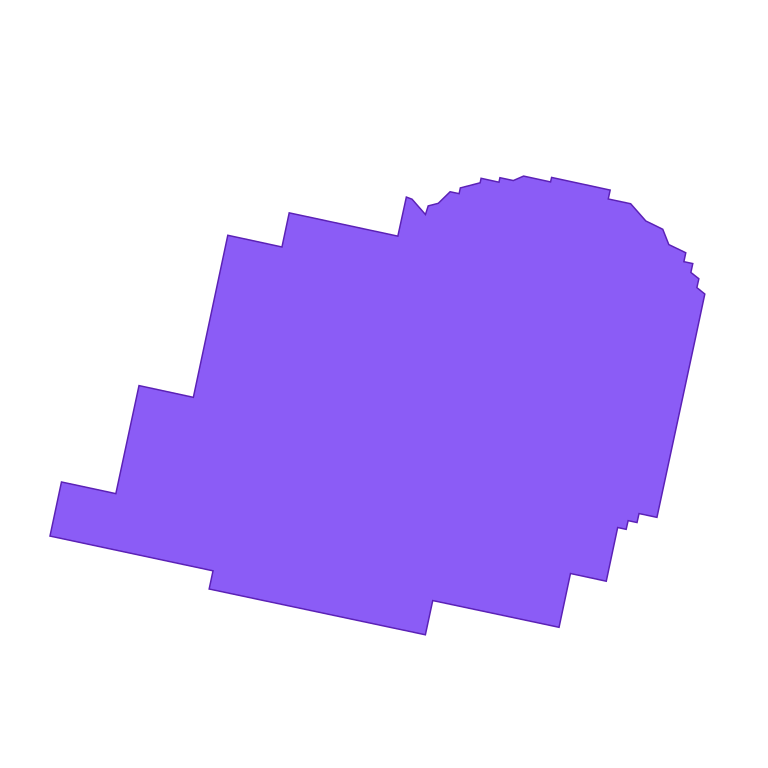 Dawson, Montana, United States of America, rotated 282°
{"feature_id": "52423323B95485896454849", "entity_name": "Dawson", "entity_type": "district", "adm_level": 2, "iso_a3": "USA", "parent_name": "United States of America", "parent_adm1": "Montana", "projection": "mercator", "projection_center": [-104.678, 47.326], "detail": "fine", "context": "isolated", "style": "filled", "palette": "violet", "viewbox_px": 768, "rotation_deg": 282, "n_neighbors": 0, "source": "geoboundaries", "source_scale": "gbopen_adm2", "svg_char_len": 805}
<svg xmlns="http://www.w3.org/2000/svg" viewBox="0 0 768 768"><g transform="rotate(282 384 384)"><path d="M492.6,679.1L538.7,679.1L543.3,670.0L552.4,670.1L556.9,661.0L566.0,661.0L566.0,651.9L575.1,651.9L579.6,633.6L593.3,624.5L597.9,606.2L611.6,587.8L611.6,564.9L620.7,564.9L620.9,505.0L616.3,504.9L616.4,477.3L609.9,468.2L609.9,454.5L605.3,454.5L605.4,436.2L600.8,436.2L591.7,417.9L585.8,417.9L585.8,408.7L572.0,399.5L567.4,390.2L558.4,389.3L570.6,373.0L571.5,367.0L531.5,366.8L531.7,255.7L496.8,255.7L497.0,200.3L331.3,200.3L331.5,144.7L221.0,144.5L221.1,88.9L165.8,88.9L165.7,255.6L147.1,255.6L147.3,476.6L182.3,476.7L182.4,605.8L237.4,605.8L237.3,642.4L292.2,642.4L292.2,651.1L301.1,651.2L301.1,660.3L310.3,660.4L310.3,678.7L492.6,679.1Z" fill="#8b5cf6" stroke="#5b21b6" stroke-width="1.5"/></g></svg>